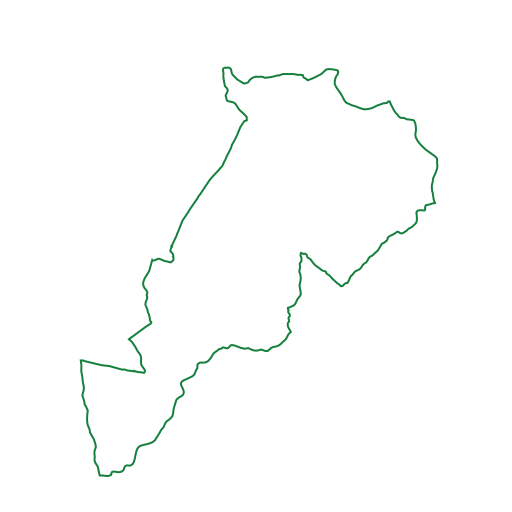 outline of Tena, Cundinamarca, Colombia, rotated 350°
{"feature_id": "7082276B40758433755427", "entity_name": "Tena", "entity_type": "district", "adm_level": 2, "iso_a3": "COL", "parent_name": "Colombia", "parent_adm1": "Cundinamarca", "projection": "mercator", "projection_center": [-74.399, 4.648], "detail": "fine", "context": "isolated", "style": "outline", "palette": "green", "viewbox_px": 512, "rotation_deg": 350, "n_neighbors": 0, "source": "geoboundaries", "source_scale": "gbopen_adm2", "svg_char_len": 6044}
<svg xmlns="http://www.w3.org/2000/svg" viewBox="0 0 512 512"><g transform="rotate(350 256 256)"><path d="M64.0,445.0L66.6,445.5L71.1,446.8L73.5,446.9L74.6,446.6L75.3,446.3L75.8,445.0L76.9,443.6L78.3,443.6L80.2,444.0L81.6,444.7L84.0,445.2L86.6,444.9L88.6,443.6L89.9,441.0L90.7,440.3L91.7,439.9L92.7,439.8L94.8,440.5L96.6,440.3L98.4,439.5L99.9,437.6L101.3,434.9L102.8,430.9L104.4,427.3L105.7,425.2L106.9,424.1L108.8,423.0L112.0,422.5L115.8,422.4L119.8,421.9L122.2,421.2L124.6,419.8L130.7,413.0L132.4,410.8L135.0,408.8L138.2,404.2L139.8,403.1L143.0,401.5L145.7,399.4L146.9,396.9L148.5,391.9L152.5,384.0L154.0,382.8L156.1,381.7L158.1,381.2L160.2,379.8L161.2,378.0L161.3,375.7L159.8,369.7L159.9,368.3L160.6,367.3L161.9,366.4L163.8,365.7L168.8,364.5L172.5,363.4L174.6,362.1L177.5,357.5L178.5,356.7L178.9,355.9L179.3,353.5L179.6,352.7L180.4,352.0L182.0,351.4L183.3,351.3L185.4,351.9L188.7,351.9L190.5,351.2L192.9,349.4L195.2,347.0L196.6,345.2L197.9,344.1L200.6,342.9L203.8,341.2L205.6,341.2L207.3,340.4L208.3,340.4L210.3,341.5L211.6,341.9L212.8,341.7L215.4,339.7L216.2,339.5L216.9,339.5L219.5,340.5L225.4,344.0L228.6,345.3L232.4,345.4L236.0,347.9L238.6,349.0L241.0,349.4L243.3,349.1L245.0,349.1L248.6,351.1L249.9,351.5L251.1,351.6L253.1,350.2L253.7,350.2L254.9,349.2L256.7,348.7L260.7,348.5L263.2,347.9L265.2,346.9L267.1,345.5L269.6,344.1L271.0,343.0L272.7,341.0L273.6,339.6L274.9,338.2L277.1,337.0L276.9,335.9L275.7,332.8L275.2,330.9L275.4,328.6L276.0,327.2L277.1,326.4L277.4,325.9L277.2,323.0L277.7,321.9L278.8,321.1L279.1,320.4L278.9,319.0L278.2,317.6L278.1,316.8L278.2,315.6L278.7,315.0L278.2,313.5L278.5,312.5L280.2,312.4L284.6,311.2L285.7,310.5L286.8,309.3L289.1,306.0L292.7,302.7L293.4,301.5L293.7,299.3L293.7,292.8L295.2,289.0L296.3,285.5L296.5,282.0L296.1,280.0L296.0,278.6L296.4,277.1L297.3,275.6L297.8,271.0L299.5,269.4L300.1,268.3L300.4,265.4L299.9,263.4L300.1,262.5L300.5,261.3L300.9,260.8L302.9,262.1L304.9,262.3L305.9,263.3L306.2,264.2L306.4,265.8L306.7,266.7L308.4,267.9L309.3,269.2L311.3,273.2L312.9,275.6L316.9,279.7L318.2,281.3L320.1,282.6L321.8,283.3L322.3,284.2L322.3,285.3L323.1,286.3L324.7,287.5L326.8,291.0L329.9,295.1L331.3,296.9L333.3,298.8L333.8,299.9L334.7,300.6L336.2,300.5L338.2,299.0L340.0,298.2L341.3,298.5L343.2,296.2L345.2,293.1L345.9,292.3L348.0,291.0L349.6,289.4L351.4,288.2L353.6,287.7L355.8,287.0L357.4,285.8L359.8,283.2L361.9,282.0L363.3,281.5L364.6,280.4L366.7,277.6L368.1,276.5L370.6,275.8L377.2,271.5L382.0,265.9L383.0,265.5L384.3,265.2L387.2,263.7L388.4,262.4L389.1,260.7L391.0,259.6L394.8,258.6L397.9,257.3L399.1,256.6L399.7,256.7L400.6,257.1L401.2,257.9L402.1,258.6L403.6,259.1L405.1,258.8L409.0,257.1L410.3,256.1L411.8,255.3L413.8,254.8L415.2,254.1L418.6,251.9L420.1,250.3L421.1,246.7L421.1,245.6L421.3,244.5L421.5,241.0L422.9,239.5L424.6,239.3L427.6,239.8L429.5,240.4L430.7,239.8L430.8,238.3L431.3,236.5L432.4,235.4L435.3,235.4L440.0,234.8L441.4,235.0L441.3,233.7L440.9,232.0L440.8,230.6L441.0,223.8L440.7,222.2L441.0,220.3L441.0,218.9L441.6,216.5L443.0,213.4L443.5,211.4L444.3,209.6L447.7,204.8L449.6,201.1L450.3,198.5L450.5,195.4L451.0,193.8L451.1,191.4L450.5,190.2L449.4,188.7L447.7,186.9L442.0,181.2L438.0,175.8L436.2,172.8L434.9,170.0L433.9,166.7L434.0,163.9L435.1,160.9L435.8,157.4L435.9,153.4L435.3,150.6L434.8,149.7L432.9,148.9L428.1,147.5L425.7,145.7L423.1,145.3L421.0,143.8L419.8,141.2L418.5,139.5L417.2,136.6L415.0,129.6L414.6,127.0L413.0,126.8L411.4,128.0L410.1,128.0L408.4,127.7L400.9,129.0L397.0,130.2L393.6,130.7L389.6,130.6L387.5,130.2L383.9,128.3L380.1,125.9L376.8,124.3L371.6,120.8L370.2,118.5L368.6,113.4L367.3,110.0L364.5,104.1L363.4,100.3L363.9,97.6L365.3,94.2L366.7,92.5L368.0,91.3L368.8,89.3L368.9,87.9L367.4,86.8L363.8,85.5L360.0,84.5L357.6,84.5L351.8,88.2L343.3,90.8L337.4,91.9L336.4,90.5L333.8,88.4L333.4,85.9L330.0,85.0L329.1,85.0L324.7,83.4L315.6,81.7L313.6,81.5L309.6,82.3L308.7,81.8L306.2,82.2L301.6,82.4L295.9,82.1L293.8,80.9L292.3,80.3L289.5,80.0L287.2,79.4L285.4,79.5L282.6,80.3L280.1,81.8L278.7,83.4L276.9,84.0L274.1,84.1L268.2,78.9L264.6,73.7L263.9,71.8L263.8,67.7L262.9,66.4L261.0,65.4L259.8,65.6L257.9,65.1L256.5,65.6L255.8,66.6L255.7,70.5L255.0,73.5L254.8,77.4L254.9,83.2L256.6,86.0L257.0,87.8L256.5,88.9L254.0,92.6L254.0,93.5L254.2,94.3L254.1,96.2L254.6,98.1L255.9,98.9L259.8,100.5L261.6,101.7L262.7,103.7L265.0,109.2L269.5,115.0L271.0,117.6L270.6,119.6L270.6,120.6L270.3,120.9L267.8,121.2L263.1,126.2L258.1,134.1L254.6,138.8L251.4,142.6L250.3,145.1L244.4,152.9L242.7,155.6L240.8,158.0L238.4,161.6L235.5,163.7L234.8,164.5L228.7,169.0L223.9,172.8L217.9,179.0L212.5,184.8L209.9,187.1L207.9,189.5L199.5,198.0L195.3,202.7L190.1,208.0L189.1,209.4L183.5,218.5L182.0,220.7L181.5,221.9L175.1,230.9L175.3,231.1L175.0,231.5L174.4,231.6L174.6,232.6L174.2,232.7L173.0,234.8L172.6,235.7L172.6,236.8L173.7,238.0L174.6,240.1L174.5,242.0L174.1,242.3L174.4,242.8L174.3,244.6L173.7,245.9L170.9,247.5L164.9,244.9L160.9,242.3L159.5,241.7L157.7,242.0L156.4,242.5L154.9,242.7L153.8,242.5L153.3,242.4L153.1,242.0L148.1,252.4L142.3,258.9L140.1,262.8L140.0,265.9L140.5,267.9L142.0,270.5L142.6,272.6L142.5,273.7L141.5,275.7L141.8,277.6L141.1,279.5L139.3,282.4L138.6,284.8L139.0,286.8L139.7,289.5L139.8,293.0L140.3,294.3L140.6,296.6L140.5,301.4L141.4,302.9L141.1,303.9L140.1,304.5L135.5,306.4L116.4,315.9L119.0,319.2L121.3,324.4L123.1,329.8L123.8,330.7L124.9,333.3L125.2,335.7L125.1,337.1L124.2,340.9L124.2,342.4L124.3,343.8L126.7,348.9L126.7,349.5L126.4,350.6L125.8,351.5L124.5,351.4L123.7,350.9L119.3,349.7L117.1,348.5L117.2,348.8L109.8,346.5L106.8,344.9L105.4,344.8L104.1,344.5L92.4,338.9L84.9,336.7L68.4,329.5L67.7,329.1L67.7,328.9L65.3,328.4L65.1,333.0L63.9,339.4L64.0,344.3L63.6,349.8L63.7,355.2L63.2,357.8L60.9,362.7L60.9,364.2L61.5,368.0L61.6,372.8L62.5,374.9L63.5,379.0L62.2,383.2L61.1,388.4L60.9,391.8L61.0,393.5L61.9,397.5L62.0,399.2L61.9,400.5L62.1,401.7L63.1,404.6L64.4,407.9L65.2,413.1L65.1,416.2L64.5,417.6L63.7,418.7L62.7,421.5L62.2,426.4L61.6,428.4L61.5,430.1L62.0,432.1L63.5,435.7L63.7,437.2L63.7,441.0L64.0,445.0Z" fill="none" stroke="#15803d" stroke-width="2"/></g></svg>